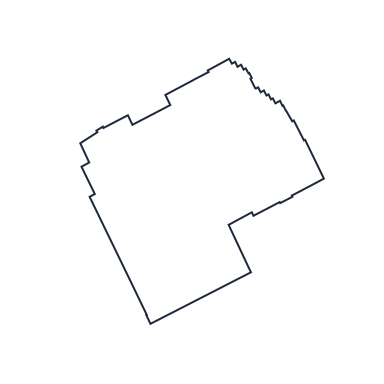 Olavarría, Buenos Aires, Argentina (Robinson projection), rotated 288°
{"feature_id": "61730980B42812082725449", "entity_name": "Olavarría", "entity_type": "district", "adm_level": 2, "iso_a3": "ARG", "parent_name": "Argentina", "parent_adm1": "Buenos Aires", "projection": "robinson", "projection_center": [-60.4, -36.859], "detail": "fine", "context": "isolated", "style": "outline", "palette": "slate", "viewbox_px": 384, "rotation_deg": 288, "n_neighbors": 0, "source": "geoboundaries", "source_scale": "gbopen_adm2", "svg_char_len": 921}
<svg xmlns="http://www.w3.org/2000/svg" viewBox="0 0 384 384"><g transform="rotate(288 192 192)"><path d="M53.8,193.2L133.9,272.9L136.0,270.8L172.1,237.0L191.2,255.2L188.4,257.8L209.5,278.5L208.7,279.3L218.5,289.0L219.5,288.1L239.0,307.1L245.5,313.3L276.6,283.4L275.7,282.5L291.5,266.7L290.2,265.5L298.3,256.5L298.5,256.0L302.5,252.0L301.9,251.4L306.0,247.5L302.1,244.0L306.0,239.9L304.5,238.5L308.5,234.6L306.8,233.0L310.8,229.0L308.0,226.5L312.0,222.5L310.1,220.8L310.2,220.1L313.8,216.5L317.8,212.6L319.0,213.6L322.8,209.8L322.2,209.2L326.2,204.9L324.3,203.3L328.2,199.3L325.1,196.6L329.1,192.8L326.4,190.3L330.2,186.2L312.4,169.4L311.2,170.7L299.3,159.0L299.2,159.0L276.1,136.7L268.0,144.5L237.5,114.6L245.2,107.3L225.5,88.0L226.6,87.0L220.8,82.1L219.6,83.5L203.8,70.7L188.3,85.1L181.9,79.1L160.0,100.2L155.8,96.1L86.4,162.8L61.2,186.9L60.9,186.5L53.8,193.2Z" fill="none" stroke="#1e293b" stroke-width="2"/></g></svg>